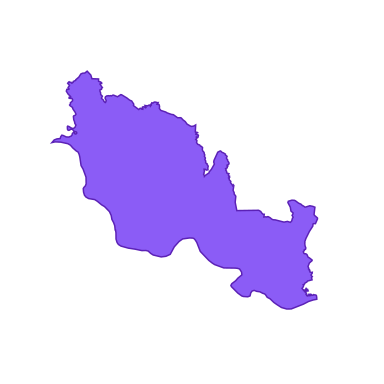 the district of Ambalema, Tolima, Colombia, rotated 107°
{"feature_id": "7082276B77811687937909", "entity_name": "Ambalema", "entity_type": "district", "adm_level": 2, "iso_a3": "COL", "parent_name": "Colombia", "parent_adm1": "Tolima", "projection": "natural_earth1", "projection_center": [-74.819, 4.832], "detail": "fine", "context": "isolated", "style": "filled", "palette": "violet", "viewbox_px": 384, "rotation_deg": 107, "n_neighbors": 0, "source": "geoboundaries", "source_scale": "gbopen_adm2", "svg_char_len": 6040}
<svg xmlns="http://www.w3.org/2000/svg" viewBox="0 0 384 384"><g transform="rotate(107 192 192)"><path d="M258.1,41.3L256.1,42.0L254.6,42.8L254.3,43.5L254.6,44.8L254.5,45.6L255.3,46.0L255.6,46.6L255.1,47.8L255.1,48.7L255.5,48.8L255.9,48.0L256.2,48.0L256.8,49.3L256.7,49.6L255.7,49.7L255.5,50.2L256.4,50.4L256.9,51.2L257.6,51.0L257.5,52.1L256.8,52.2L256.4,53.1L255.3,52.9L254.5,54.8L254.1,55.1L252.6,52.0L251.3,53.0L251.4,53.8L250.8,54.7L251.9,55.0L252.1,54.2L252.6,53.9L253.8,55.9L253.6,56.3L253.0,56.1L252.9,57.4L252.0,58.6L251.0,58.1L248.9,57.8L248.5,57.9L248.2,58.5L247.2,57.5L246.0,57.3L244.6,55.9L243.4,55.5L240.9,51.5L238.9,52.7L237.7,52.2L237.0,53.6L236.5,53.9L234.6,53.3L233.6,53.5L234.1,54.4L233.9,56.0L232.9,56.2L232.8,56.8L231.9,56.9L231.5,58.1L230.7,58.1L229.3,59.3L225.6,59.0L222.5,57.1L221.9,57.3L220.8,60.1L220.3,62.0L218.2,63.8L217.8,65.1L218.1,66.0L218.0,67.0L216.6,68.1L215.1,67.5L214.4,67.7L213.7,66.7L212.9,66.9L212.3,66.7L210.5,68.1L208.1,69.2L207.6,69.1L206.8,69.6L203.3,69.5L195.4,68.2L189.4,66.5L187.2,66.9L186.6,66.3L186.2,64.7L181.0,64.1L180.1,64.5L178.6,67.9L177.9,68.7L170.6,70.0L170.4,72.2L170.7,75.3L173.2,79.0L173.4,79.7L172.8,81.3L172.7,82.4L171.8,84.2L171.5,86.8L170.2,90.4L170.0,91.6L170.6,94.1L172.7,97.2L174.1,97.2L177.7,93.6L181.3,91.8L182.5,89.2L183.7,89.1L185.1,89.5L186.1,88.3L186.8,87.9L187.8,88.3L190.6,88.2L192.3,89.1L192.2,92.1L193.9,95.2L194.3,104.1L194.8,106.3L194.6,107.9L193.8,109.6L193.3,111.9L193.5,112.6L194.1,113.1L194.1,114.0L194.9,116.0L192.2,116.4L192.5,117.5L191.8,119.0L190.5,120.6L190.0,122.9L196.7,143.7L189.2,147.7L183.5,148.8L182.9,149.2L181.7,151.0L180.3,151.5L178.4,153.2L173.5,153.9L173.2,154.4L174.3,154.3L174.4,154.7L173.4,155.6L171.8,157.9L170.5,158.0L169.4,160.0L168.3,160.3L167.9,161.1L166.9,160.4L166.5,161.1L165.9,160.8L165.7,161.7L165.0,162.3L163.7,162.0L163.6,164.4L162.0,165.0L161.4,166.0L160.5,166.0L159.8,166.7L158.8,165.5L158.3,165.4L157.5,165.8L156.7,165.3L156.1,166.3L154.8,165.0L154.0,164.9L153.0,165.4L151.6,167.1L150.6,167.5L150.3,168.3L149.5,169.0L147.6,168.9L146.9,170.8L146.0,171.1L145.4,173.4L145.3,174.9L144.4,176.6L144.7,177.3L146.4,179.0L155.3,180.2L157.0,180.0L158.8,178.8L164.7,180.1L167.6,181.4L168.7,181.3L172.3,184.2L173.4,184.7L172.7,185.0L171.6,186.1L170.7,185.9L170.2,186.2L168.9,186.1L166.7,187.1L166.4,186.0L166.9,184.8L166.1,183.2L164.4,183.9L162.8,184.0L161.9,184.6L161.5,185.5L160.5,185.9L160.3,187.1L159.8,187.6L158.4,187.9L157.1,189.2L155.6,189.1L154.2,190.6L152.8,190.6L151.9,191.5L151.1,191.7L150.1,192.7L149.8,193.5L148.5,194.5L146.4,194.9L145.6,196.4L145.8,196.8L145.6,197.4L144.8,198.4L144.7,200.5L143.4,202.1L141.4,202.3L140.6,203.8L139.6,203.1L138.2,204.0L138.0,203.8L138.3,202.7L138.1,202.3L136.0,202.4L135.6,202.9L135.8,204.8L135.6,205.3L134.9,205.2L133.7,204.0L133.4,204.8L133.9,205.9L133.6,206.4L126.8,208.1L128.5,209.7L129.4,211.6L129.4,212.8L128.5,216.6L126.6,219.1L125.7,221.6L124.3,224.0L124.3,224.7L125.2,227.5L123.5,232.4L123.8,234.4L123.6,239.1L123.2,240.4L123.1,245.6L121.7,247.6L119.5,248.1L118.0,249.1L117.7,250.1L118.3,250.6L118.3,251.2L116.4,250.6L116.7,251.5L116.6,253.0L117.0,253.8L117.0,254.4L118.3,255.3L118.4,256.5L119.2,256.4L119.8,256.9L120.7,256.3L122.2,256.9L121.1,257.7L121.8,259.0L122.6,259.6L123.0,262.2L124.5,260.7L125.0,260.9L125.1,261.2L124.5,262.4L124.8,263.5L125.2,264.2L126.0,264.2L126.7,263.3L127.3,263.2L127.5,264.3L127.0,265.5L127.1,266.1L128.7,267.0L126.5,273.2L125.0,273.4L122.6,276.3L122.4,278.4L121.1,281.8L119.6,287.8L119.7,288.6L122.7,291.1L122.3,295.4L122.5,296.0L123.7,297.2L123.7,298.2L124.3,299.2L124.3,300.0L125.1,301.7L126.3,302.6L127.6,302.6L129.8,300.7L132.3,301.0L131.8,301.2L131.1,302.8L130.1,303.4L129.0,305.8L128.7,306.0L126.6,305.7L125.4,307.9L123.8,308.4L122.6,309.5L121.3,309.9L120.3,308.6L119.2,308.8L118.4,308.2L115.7,311.6L115.1,311.4L114.6,310.1L114.0,310.3L113.5,311.5L113.5,313.7L111.2,314.4L112.9,320.8L109.7,323.0L107.1,327.6L109.6,329.3L110.4,331.4L111.6,332.8L115.2,333.8L118.7,336.0L119.3,335.9L121.0,337.9L121.7,337.7L122.9,338.5L123.1,339.0L122.4,339.9L123.0,341.0L122.5,341.7L122.9,342.1L124.4,342.7L125.9,340.3L126.3,340.3L128.2,341.1L128.7,340.9L129.4,339.7L129.8,339.8L130.4,341.7L132.3,341.7L134.6,339.1L136.2,336.0L136.8,335.8L137.4,337.2L138.2,337.0L138.2,335.9L137.7,334.1L138.4,333.3L139.7,332.9L142.3,334.4L143.5,334.0L144.6,334.5L145.1,333.9L146.1,331.0L147.2,330.4L149.9,327.1L151.5,325.7L152.6,326.0L153.8,327.4L154.5,327.5L157.5,326.2L159.1,324.9L160.8,324.0L161.9,322.6L164.4,322.8L165.5,323.6L166.0,324.4L166.2,325.6L165.3,329.1L165.4,330.2L166.0,330.3L168.3,329.5L169.0,328.9L169.1,328.0L168.6,327.2L167.4,326.2L167.0,324.7L168.4,322.7L168.4,320.0L169.3,319.4L170.3,319.8L170.7,320.7L170.4,321.3L169.4,321.5L169.5,322.6L170.9,323.5L172.6,323.4L173.7,323.8L175.5,325.9L176.1,328.4L175.6,331.8L175.7,333.1L177.4,333.7L179.4,333.7L180.7,336.7L182.5,339.0L185.7,340.4L184.1,337.6L182.7,332.1L182.1,324.8L182.8,321.9L184.7,318.9L186.6,314.7L187.1,312.6L189.2,310.8L191.6,309.4L199.2,305.8L202.0,302.8L208.8,297.7L215.2,295.6L217.4,295.8L219.2,296.7L220.5,297.0L223.8,295.7L226.5,293.9L227.8,292.0L228.5,289.0L227.7,282.8L228.6,279.7L230.7,274.7L231.5,271.4L234.9,265.2L238.1,262.4L241.6,260.6L244.2,258.0L246.9,256.0L250.7,254.4L250.6,254.1L253.2,252.8L259.2,250.9L261.8,249.2L263.1,247.9L263.8,246.7L264.5,244.1L264.3,236.5L263.3,229.7L262.7,222.9L261.4,218.9L261.3,216.6L262.8,213.5L263.6,210.7L263.1,202.5L261.1,198.1L258.0,194.6L249.6,192.9L243.1,189.9L239.6,187.2L236.7,181.0L235.9,178.0L235.9,176.7L236.6,175.3L238.8,172.7L246.4,166.7L252.5,155.9L254.0,152.0L254.8,149.2L255.3,139.4L252.1,128.3L251.7,126.2L251.7,124.0L254.1,121.2L256.7,120.1L260.9,122.9L264.1,124.3L268.0,127.1L270.0,127.5L271.0,126.6L275.3,118.6L276.9,113.9L276.9,112.3L275.9,108.0L274.4,106.1L271.3,106.3L269.2,105.6L267.9,103.8L268.1,101.1L267.6,97.9L268.2,94.8L268.2,92.9L268.7,91.7L270.7,89.3L271.3,86.1L273.7,81.4L274.8,78.0L276.3,72.7L276.2,67.2L274.8,62.9L266.7,52.7L262.6,48.5L259.8,44.5L258.1,41.3Z" fill="#8b5cf6" stroke="#5b21b6" stroke-width="1.5"/></g></svg>